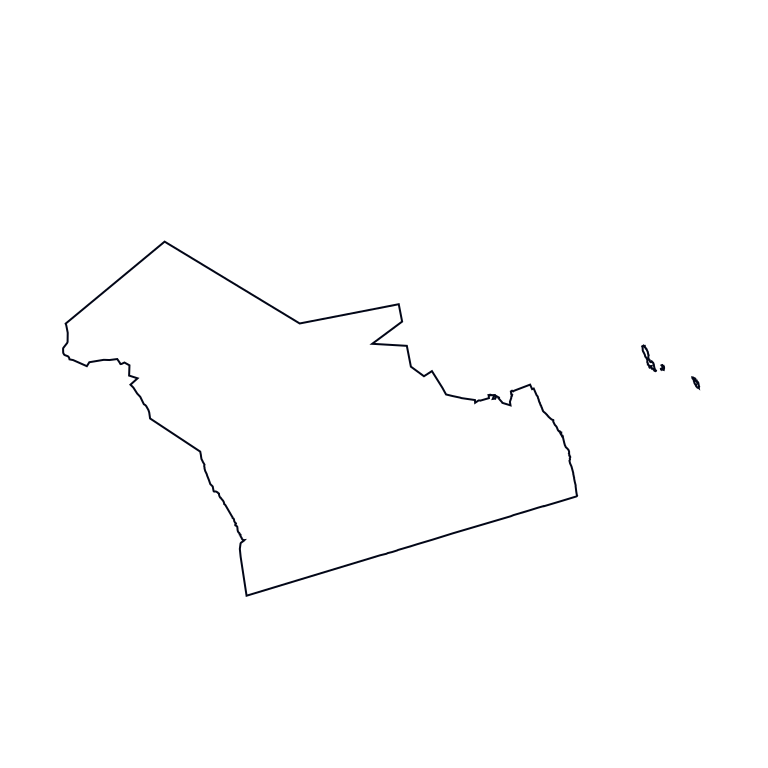 outline of Tijuana, Baja California, Mexico, rotated 169°
{"feature_id": "50627088B36536609271858", "entity_name": "Tijuana", "entity_type": "district", "adm_level": 2, "iso_a3": "MEX", "parent_name": "Mexico", "parent_adm1": "Baja California", "projection": "orthographic", "projection_center": [-117.002, 32.378], "detail": "fine", "context": "isolated", "style": "outline", "palette": "ink", "viewbox_px": 768, "rotation_deg": 169, "n_neighbors": 0, "source": "geoboundaries", "source_scale": "gbopen_adm2", "svg_char_len": 6001}
<svg xmlns="http://www.w3.org/2000/svg" viewBox="0 0 768 768"><g transform="rotate(169 384 384)"><path d="M572.2,565.6L685.0,504.0L684.7,502.3L684.7,494.6L686.5,486.0L686.7,485.5L687.2,484.7L691.8,480.7L692.1,480.3L692.3,479.8L692.9,476.3L692.9,475.5L692.4,473.9L691.7,473.2L689.1,471.6L688.6,471.0L688.3,470.4L688.1,469.7L688.0,468.2L684.6,466.8L672.3,458.2L669.1,461.6L654.5,461.2L648.9,459.9L641.1,459.4L639.3,455.2L639.1,454.2L638.7,453.8L637.7,453.8L634.7,454.6L630.3,450.9L632.6,440.9L624.8,436.6L633.0,431.7L630.7,428.3L628.1,421.7L625.7,417.9L623.6,410.0L622.3,408.8L621.6,407.6L620.2,403.3L619.9,400.8L620.2,394.8L577.3,352.7L577.3,349.0L577.4,348.2L577.5,345.2L576.9,343.2L576.7,342.2L575.6,339.1L576.0,338.3L576.2,337.4L576.1,336.3L576.3,335.4L576.1,332.7L575.2,329.3L575.1,327.9L574.2,323.2L573.6,318.9L571.7,316.1L571.7,311.4L571.6,311.1L571.2,310.8L570.0,310.7L569.3,310.4L568.0,309.3L567.9,308.9L566.9,307.9L567.1,306.9L567.0,306.3L567.0,305.6L566.5,303.8L566.0,303.5L565.6,302.5L564.3,300.2L563.9,299.1L563.7,297.7L563.8,296.7L563.3,296.2L563.1,295.8L562.8,295.4L558.6,283.3L558.2,282.4L558.2,281.4L557.3,280.5L557.1,279.2L557.2,278.1L557.0,277.3L556.7,276.5L555.9,275.4L555.9,275.1L556.7,274.7L556.8,274.5L556.7,274.1L556.9,273.6L555.6,272.5L555.3,272.0L555.4,270.0L555.6,268.7L555.5,267.0L555.0,265.9L554.5,265.4L554.5,264.6L554.0,264.0L554.2,263.6L553.6,263.2L553.8,262.3L553.8,261.7L553.1,260.2L553.1,259.4L552.6,258.3L552.1,258.0L551.8,257.5L550.8,257.4L551.5,256.9L554.6,255.5L555.2,254.9L557.0,249.6L557.7,241.7L559.3,202.4L420.6,216.6L413.9,216.9L412.7,217.3L408.2,217.5L402.9,218.1L401.9,218.4L388.1,219.7L382.0,220.4L366.4,221.9L344.8,224.3L284.8,230.0L281.8,230.6L265.2,232.2L256.4,233.2L250.5,233.7L250.4,233.5L234.1,235.1L216.7,236.9L216.1,237.1L215.7,237.6L215.9,238.6L215.8,241.8L215.4,247.3L215.2,247.9L215.4,251.6L215.4,255.0L215.2,256.1L215.4,256.8L215.3,257.4L215.4,259.7L215.2,260.3L215.7,267.3L216.5,270.6L216.6,273.3L215.8,274.4L215.8,275.7L215.2,276.4L215.1,277.5L215.7,278.0L215.8,278.6L215.6,279.1L215.5,279.9L215.8,280.4L215.3,281.6L215.2,282.2L215.4,283.8L216.2,285.4L217.6,287.3L217.8,288.4L218.1,289.3L218.3,291.8L218.5,297.1L218.6,297.6L219.2,298.4L219.2,299.1L218.6,299.1L218.7,299.4L219.4,299.7L220.0,300.9L220.0,301.3L219.6,301.7L220.0,301.9L219.8,302.2L220.1,302.2L220.3,302.6L220.3,302.9L219.9,303.1L219.9,303.3L220.2,303.4L220.3,303.6L220.6,303.3L220.9,303.7L220.9,304.2L221.5,304.5L222.1,305.7L222.5,307.9L222.8,309.1L223.2,309.9L224.1,311.3L225.0,314.6L225.0,315.2L224.7,316.0L224.7,316.3L226.1,317.1L226.9,318.0L228.8,320.5L228.8,320.8L229.6,321.9L229.8,322.6L230.3,323.1L230.5,323.6L231.0,324.3L231.9,325.5L232.4,326.0L233.0,327.0L233.2,327.5L233.1,327.9L233.4,328.9L233.5,330.3L233.8,331.1L233.9,332.3L234.0,332.8L234.3,333.1L234.3,333.9L234.6,334.8L234.7,335.6L234.6,336.0L235.0,336.7L235.2,338.8L235.1,339.2L235.3,339.9L235.5,341.0L235.5,342.4L236.3,343.8L237.9,351.0L239.6,350.7L240.7,355.5L255.7,352.9L257.8,352.5L258.7,352.1L259.6,353.0L260.9,352.5L261.0,349.8L260.7,349.7L260.8,348.5L260.7,348.5L260.9,348.2L260.7,347.9L261.6,347.0L261.7,346.1L263.8,342.5L263.9,338.9L271.4,342.9L271.6,343.6L273.8,347.3L273.8,347.9L274.2,348.3L273.8,348.8L276.3,350.9L276.5,350.6L276.2,350.4L277.7,348.3L278.1,348.5L280.1,348.6L277.8,352.1L281.5,352.6L281.3,353.0L281.7,353.2L283.5,353.2L283.4,352.6L283.7,350.1L292.6,349.3L292.8,349.5L294.3,349.8L298.1,348.2L297.8,350.9L310.7,355.4L311.9,356.1L319.0,359.1L325.1,361.9L327.4,369.1L334.5,387.5L343.3,384.0L354.3,395.9L354.3,417.1L387.9,425.7L354.3,441.8L354.3,459.5L455.2,459.5L572.2,565.6ZM118.5,350.4L118.2,350.0L118.3,349.6L118.2,349.5L118.2,349.1L118.3,348.7L118.1,347.9L117.6,347.9L117.0,347.3L116.3,346.1L116.0,345.4L115.1,344.8L114.5,345.0L114.4,345.2L115.2,346.3L115.4,346.8L115.3,347.4L115.5,348.2L115.5,350.6L115.5,350.8L115.4,351.4L115.5,351.6L115.6,351.8L115.5,352.2L115.6,352.4L115.7,353.3L115.9,353.4L116.1,354.0L116.4,354.4L116.7,354.5L116.7,354.9L117.0,355.3L117.3,355.2L117.3,354.7L117.5,354.5L117.8,354.5L118.5,355.0L118.8,356.5L118.7,356.8L118.9,357.0L119.1,357.7L119.4,358.0L119.6,358.8L119.1,361.2L118.9,361.8L118.7,361.9L119.0,362.8L118.9,363.5L119.1,364.2L118.9,364.6L118.9,365.1L119.5,367.1L119.5,367.8L119.7,368.2L119.8,368.4L120.0,368.5L119.9,368.7L120.5,369.7L120.5,369.9L120.8,370.3L120.8,370.5L120.9,370.4L121.0,370.4L121.3,371.4L121.6,371.8L121.4,371.9L121.8,372.2L122.1,371.8L122.4,371.9L122.6,371.8L123.0,371.9L123.4,371.7L123.2,371.0L123.3,369.9L123.3,369.4L123.6,367.8L123.5,366.6L123.2,366.1L123.2,365.5L122.8,364.7L122.8,364.3L122.4,363.1L122.3,361.0L121.6,359.9L121.3,358.7L121.1,358.4L121.0,357.3L120.9,357.0L121.4,355.4L121.4,354.7L121.0,354.0L121.3,352.7L120.7,352.3L120.7,352.1L120.4,351.4L120.3,349.8L120.1,349.3L119.8,349.3L119.6,349.6L119.6,349.9L119.2,350.8L118.8,350.6L118.3,350.6L118.5,350.4ZM76.2,320.5L75.8,320.0L75.8,320.4L75.3,320.9L75.1,321.3L75.3,322.0L75.2,323.0L75.6,324.0L75.5,324.7L75.3,324.7L75.2,324.8L75.4,325.1L75.4,325.4L75.6,326.0L75.8,326.0L75.8,325.9L76.2,326.2L76.3,325.9L76.7,326.7L76.6,327.0L76.9,326.9L77.0,327.1L76.9,327.3L77.1,327.7L77.0,327.9L77.1,328.1L77.1,328.4L77.2,328.6L77.3,329.4L77.6,329.6L77.7,330.1L77.9,330.2L78.0,329.9L78.2,330.5L78.6,330.7L79.2,331.3L79.6,331.2L79.8,331.6L80.1,331.7L80.1,330.9L79.8,330.7L79.9,330.3L79.4,329.5L79.2,328.8L79.3,327.8L79.1,327.3L79.1,325.9L78.9,325.1L78.4,323.9L77.9,323.9L78.0,323.6L77.8,323.4L78.1,322.7L78.0,322.3L77.8,322.1L77.7,321.7L77.1,320.9L77.0,320.6L76.7,320.4L76.2,320.5ZM107.3,345.7L107.1,344.8L106.7,344.5L106.0,346.2L106.0,347.0L106.3,346.9L105.9,347.2L105.9,347.6L106.3,347.7L106.3,348.0L106.5,347.9L107.1,349.3L107.3,349.3L107.3,349.5L107.6,349.5L107.5,349.2L107.8,349.1L107.4,348.6L107.6,348.6L107.5,348.2L107.3,348.1L107.5,347.1L107.4,346.6L107.6,345.8L107.9,345.7L109.0,346.2L109.3,346.1L109.3,345.8L109.0,345.8L108.9,345.3L108.5,345.6L107.9,345.6L107.8,344.9L107.6,344.8L107.5,345.0L107.7,345.5L107.3,345.7Z" fill="none" stroke="#020617" stroke-width="2"/></g></svg>